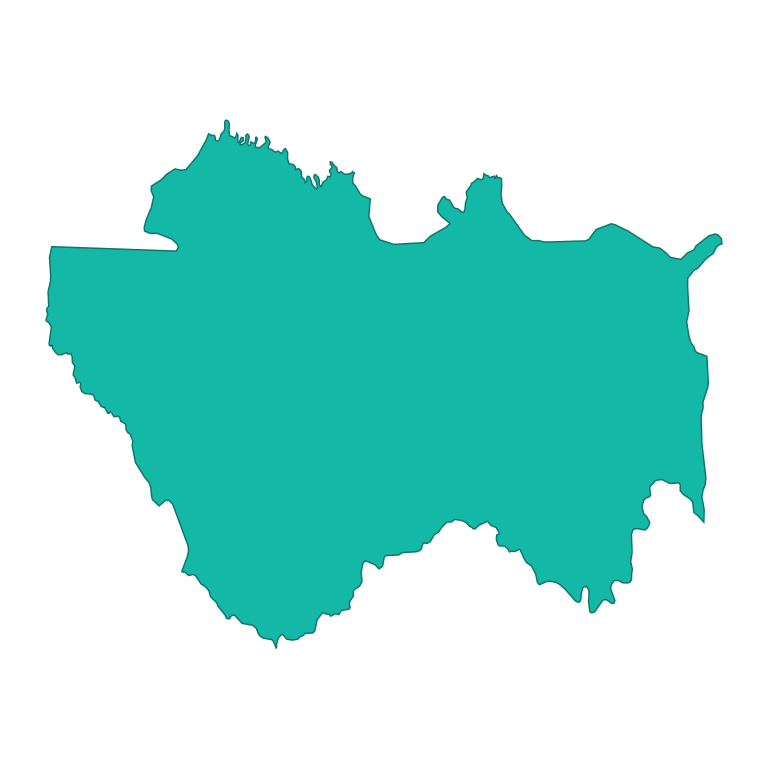 Punia, Maniema, Democratic Republic of the Congo (Equal Earth projection), rotated 180°
{"feature_id": "63176286B1925057871065", "entity_name": "Punia", "entity_type": "district", "adm_level": 2, "iso_a3": "COD", "parent_name": "Democratic Republic of the Congo", "parent_adm1": "Maniema", "projection": "equal_earth", "projection_center": [26.813, -1.707], "detail": "fine", "context": "isolated", "style": "filled", "palette": "teal", "viewbox_px": 768, "rotation_deg": 180, "n_neighbors": 0, "source": "geoboundaries", "source_scale": "gbopen_adm2", "svg_char_len": 6122}
<svg xmlns="http://www.w3.org/2000/svg" viewBox="0 0 768 768"><g transform="rotate(180 384 384)"><path d="M413.7,595.3L415.0,595.2L415.4,596.4L417.3,594.4L422.3,593.7L423.6,593.8L426.9,596.4L429.3,595.1L430.3,596.1L431.4,600.6L433.7,602.2L435.9,605.6L437.8,606.2L437.6,603.3L436.5,603.2L435.9,601.5L436.7,599.5L438.4,597.9L438.5,596.4L436.8,593.7L437.8,591.3L440.3,591.6L441.4,588.4L445.1,585.6L446.8,581.3L447.8,581.8L448.7,584.0L448.7,587.6L449.6,590.6L452.4,593.4L453.4,593.3L454.0,592.3L454.0,590.2L451.7,586.3L450.6,580.7L451.5,578.9L455.5,582.7L458.0,590.3L458.9,591.4L459.8,591.8L460.9,591.1L461.4,586.7L463.0,585.3L463.5,588.5L466.4,591.1L466.7,596.5L467.7,597.9L469.6,599.4L472.4,598.2L472.7,601.2L474.5,603.3L479.1,604.4L480.5,609.5L480.4,615.5L482.5,619.4L484.2,618.5L485.6,615.2L486.9,614.8L490.0,616.9L491.5,616.0L493.7,616.3L496.1,618.5L499.7,619.4L500.0,620.7L497.9,625.7L500.0,630.0L502.4,631.6L503.0,630.8L502.0,627.2L502.2,625.4L508.1,620.5L509.7,620.1L512.6,621.0L512.6,623.4L510.6,628.9L511.5,630.8L512.3,630.6L512.5,626.6L513.2,625.1L514.7,624.7L517.1,626.1L517.8,623.0L519.0,622.2L520.4,623.7L518.8,631.0L519.4,633.0L520.6,634.0L522.1,632.7L522.1,627.9L523.0,625.1L525.7,623.4L527.7,623.2L528.0,624.9L524.5,627.5L524.8,630.2L526.7,630.5L528.7,625.9L529.7,625.6L530.2,626.6L530.0,632.5L531.1,634.5L532.1,631.4L533.2,630.1L538.4,632.5L539.0,637.7L538.7,644.2L539.8,646.9L541.9,647.9L542.8,647.3L543.2,645.5L543.2,639.7L543.8,637.3L546.9,633.7L548.3,628.8L549.7,627.3L551.1,627.0L552.8,628.2L552.7,630.3L553.5,632.5L556.2,632.7L559.4,634.2L561.7,628.2L570.2,612.6L582.0,598.3L587.5,597.8L593.0,599.1L601.3,593.8L606.6,588.3L616.5,582.0L616.8,577.4L614.3,571.1L616.7,560.4L621.8,548.3L623.8,540.2L623.4,536.9L617.9,534.6L610.5,534.6L596.1,528.9L590.8,523.9L589.6,521.0L591.7,516.9L716.2,521.3L718.5,510.6L717.3,492.5L717.5,486.8L719.9,476.3L719.3,461.7L721.2,459.4L721.4,457.4L720.3,453.5L721.9,448.4L721.7,446.9L719.5,445.7L717.0,442.0L716.7,440.1L718.9,424.7L718.6,422.6L717.4,422.0L716.0,422.9L715.1,419.1L711.8,414.8L709.5,413.2L706.7,413.2L701.5,415.4L700.3,413.9L697.1,414.3L695.7,410.7L695.6,405.3L693.3,402.3L693.2,400.9L694.8,393.8L694.6,392.6L693.0,390.6L691.4,384.9L688.2,385.7L687.1,384.2L687.9,381.1L686.3,376.6L683.5,374.6L675.7,373.7L674.0,372.0L673.1,368.1L669.8,366.5L666.8,361.5L663.3,360.4L660.1,354.7L658.7,354.8L657.8,356.1L656.5,355.5L654.1,351.3L649.6,351.7L648.3,350.3L647.2,346.7L642.9,344.3L642.2,342.8L641.9,338.2L639.8,334.9L638.3,334.5L635.9,329.2L635.2,326.4L635.8,322.4L632.5,305.4L623.4,290.8L618.6,284.8L617.2,280.2L616.4,271.6L615.5,268.3L608.9,262.1L602.3,267.7L599.5,267.9L595.3,263.9L579.9,222.2L579.5,216.9L580.4,212.1L586.1,196.9L585.5,195.9L583.0,195.9L579.4,192.5L575.2,193.5L572.8,192.7L566.8,184.0L562.3,181.1L559.0,177.1L557.5,171.3L551.4,165.4L550.0,161.8L542.7,152.7L541.2,149.4L538.3,149.3L537.5,151.4L535.6,152.7L533.4,152.9L526.0,144.7L515.1,142.7L511.7,139.6L509.6,134.3L507.8,131.8L504.8,129.9L496.3,128.4L494.5,126.6L491.9,120.1L491.3,121.1L491.5,123.3L490.6,127.2L489.1,130.8L486.4,133.5L485.1,133.4L481.3,128.8L475.2,127.9L470.2,128.9L467.9,131.1L464.4,132.8L462.9,134.6L455.6,135.0L453.9,136.2L452.9,138.2L451.0,148.0L445.5,155.3L442.0,154.0L438.6,153.8L437.3,151.9L432.3,154.3L429.3,153.5L426.6,157.5L419.0,158.9L417.9,160.3L418.7,164.0L418.3,166.4L414.7,171.8L414.6,176.9L413.5,178.5L408.5,181.8L406.0,186.4L406.8,195.1L405.4,203.9L403.0,207.3L393.3,203.5L388.9,199.2L385.5,201.6L383.8,210.5L382.4,212.4L369.3,213.1L365.6,215.4L351.4,216.3L347.9,217.7L346.7,218.9L344.8,225.2L340.9,224.5L337.6,226.5L334.0,233.1L329.2,236.1L326.9,239.9L321.1,245.9L316.2,246.1L313.4,248.6L306.5,247.6L301.9,245.5L298.1,241.4L296.3,241.0L295.0,239.3L292.8,239.2L289.6,242.4L280.5,246.8L277.3,242.8L271.8,240.5L268.8,235.4L269.0,234.2L271.1,233.2L271.6,230.5L271.5,227.9L269.9,223.3L268.6,222.1L263.3,221.9L260.6,219.5L258.6,216.1L257.1,216.8L252.9,216.5L249.2,218.7L247.9,218.3L243.7,209.0L241.4,205.4L236.5,202.1L232.2,193.7L230.6,185.7L228.7,183.3L221.0,186.6L216.8,186.7L211.8,185.5L208.6,183.8L202.9,178.9L192.8,167.2L190.2,165.9L188.4,166.0L187.2,168.2L186.8,173.6L185.3,179.8L184.2,181.3L181.3,181.3L179.2,178.3L178.9,172.1L179.5,167.1L178.2,156.6L177.0,155.3L175.0,155.4L173.4,156.1L165.3,167.6L163.6,168.4L161.5,168.2L156.1,164.5L154.0,164.8L153.1,167.4L157.5,179.6L156.1,184.8L155.0,185.3L154.0,187.5L148.9,187.3L145.7,185.3L140.9,185.0L138.3,185.6L136.5,188.2L136.4,194.4L135.6,198.6L137.3,206.3L135.9,215.8L136.6,233.4L135.3,237.7L133.8,239.1L130.6,239.4L122.9,238.0L120.7,240.0L118.4,244.1L118.4,245.8L121.6,251.7L124.3,254.4L126.0,261.1L124.3,267.7L122.1,270.0L118.8,271.2L117.4,272.6L118.3,279.4L117.8,281.7L112.2,287.6L106.2,288.5L98.0,284.5L89.4,285.1L88.4,284.3L87.7,282.9L87.8,277.3L84.7,273.6L78.2,269.3L75.3,265.9L74.1,255.5L70.4,252.6L64.2,245.9L63.8,258.2L66.1,270.8L65.0,277.5L62.8,283.7L62.1,290.1L66.1,324.1L66.9,352.4L64.9,360.0L65.0,366.1L60.2,380.9L59.7,384.9L61.1,411.7L71.2,415.5L72.7,417.1L74.1,421.2L77.0,425.1L79.0,431.6L81.4,446.3L79.0,457.0L80.4,480.6L80.3,490.0L73.8,497.9L70.1,499.8L62.1,509.2L55.0,514.4L51.4,521.2L48.6,523.3L46.1,524.1L46.6,529.2L49.8,532.9L52.9,534.0L59.1,532.2L72.1,522.0L73.6,518.8L74.7,517.8L80.6,515.0L87.0,508.6L97.8,510.6L101.3,514.5L107.9,519.8L115.3,521.2L139.7,536.8L153.0,543.3L156.8,544.2L171.7,538.6L179.3,528.5L182.8,527.1L218.3,526.0L224.7,526.1L229.0,527.4L236.2,527.4L243.6,532.9L258.7,554.1L260.9,556.0L265.6,564.5L267.0,573.4L266.3,582.3L266.5,589.1L267.9,590.4L269.7,590.0L271.5,592.3L272.4,589.8L273.2,589.7L273.6,591.8L278.5,590.4L280.0,592.3L281.9,592.6L284.1,594.3L284.8,589.6L286.2,588.2L290.6,589.5L294.4,585.8L296.5,584.8L297.0,582.5L301.5,576.5L301.7,574.9L300.7,570.4L302.4,565.5L303.1,558.5L304.0,556.0L305.7,555.6L310.2,559.2L313.0,559.7L314.4,560.7L318.4,567.9L321.8,568.9L323.4,571.4L325.5,570.7L330.1,563.0L330.3,556.2L326.1,551.2L317.9,544.5L321.8,540.9L337.3,532.0L344.4,525.3L374.2,523.6L388.2,528.2L391.9,533.6L399.2,551.5L397.7,569.1L405.3,572.1L408.0,574.3L412.2,581.6L415.1,584.9L415.4,589.6L413.7,595.3Z" fill="#14b8a6" stroke="#0f766e" stroke-width="1.5"/></g></svg>